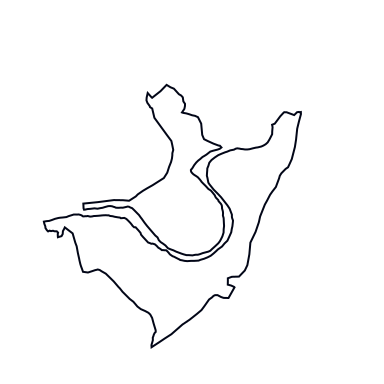 outline of Nag Hammadi, Qina, Egypt, rotated 318°
{"feature_id": "37247803B20461221508658", "entity_name": "Nag Hammadi", "entity_type": "district", "adm_level": 2, "iso_a3": "EGY", "parent_name": "Egypt", "parent_adm1": "Qina", "projection": "natural_earth1", "projection_center": [32.278, 26.068], "detail": "fine", "context": "isolated", "style": "outline", "palette": "ink", "viewbox_px": 384, "rotation_deg": 318, "n_neighbors": 0, "source": "geoboundaries", "source_scale": "gbopen_adm2", "svg_char_len": 5660}
<svg xmlns="http://www.w3.org/2000/svg" viewBox="0 0 384 384"><g transform="rotate(318 192 192)"><path d="M62.1,135.9L65.5,137.5L67.8,136.7L69.9,134.7L72.2,133.9L73.8,133.2L75.5,142.3L75.6,142.9L71.5,151.3L71.2,152.0L70.0,155.1L66.3,161.1L63.2,166.6L62.9,167.0L60.7,171.0L59.8,173.0L58.9,175.3L57.6,178.4L60.8,182.2L61.2,182.4L64.8,184.0L67.6,185.2L69.6,186.3L70.1,186.5L71.2,188.2L71.8,190.5L73.3,195.0L73.7,201.1L74.0,206.1L73.8,213.5L73.9,215.3L73.6,219.7L73.7,221.2L74.1,228.9L74.1,229.5L75.0,234.4L74.8,240.6L75.6,244.8L77.5,249.0L78.8,252.6L79.0,255.1L78.1,258.9L75.5,264.0L74.0,267.2L72.5,270.4L71.4,271.7L69.8,271.8L68.1,272.5L67.0,273.2L65.4,274.0L63.8,275.9L61.6,277.3L60.1,278.2L59.4,278.7L58.1,280.3L67.8,281.8L73.5,282.6L81.5,283.9L96.2,284.1L104.7,285.3L114.0,285.9L120.0,286.1L124.5,285.2L132.8,283.3L136.2,283.7L138.5,283.6L140.2,284.1L142.0,285.8L143.3,289.4L144.6,291.8L148.2,295.2L159.8,291.3L159.8,290.7L158.5,287.7L156.6,284.8L159.5,281.7L160.9,280.1L164.9,281.7L170.3,286.3L178.7,285.7L184.2,283.4L192.9,276.7L201.5,268.7L212.5,264.2L221.3,259.3L222.6,258.4L226.2,255.8L237.7,250.1L242.1,248.6L248.2,246.3L252.1,245.4L257.7,244.4L265.9,240.1L268.1,238.7L270.9,237.9L277.1,237.5L279.9,237.9L283.2,236.5L288.2,234.3L298.6,227.4L304.5,222.6L305.7,221.5L312.6,215.3L318.6,211.2L325.1,207.0L326.4,205.4L325.2,204.7L325.1,204.1L323.4,203.0L321.7,203.1L319.4,203.2L318.2,200.9L316.3,197.3L315.7,196.1L313.9,194.4L312.7,194.4L308.2,194.8L303.8,195.7L299.3,196.6L299.2,196.6L296.5,195.6L295.3,197.7L292.1,200.7L290.2,202.7L287.1,203.9L284.7,204.8L281.4,205.8L278.7,205.8L276.2,205.3L274.0,204.6L270.8,202.9L269.2,201.8L266.5,200.3L263.4,198.7L261.7,197.5L259.8,195.8L258.5,194.2L257.2,192.8L256.2,191.4L254.8,189.8L253.3,189.0L253.1,189.0L251.5,188.6L248.2,186.6L245.0,185.5L243.3,184.7L239.5,183.3L236.2,182.2L232.1,181.6L227.9,181.3L224.5,181.8L221.7,183.5L219.2,184.7L217.8,186.1L215.8,188.0L213.9,189.9L213.0,191.7L210.4,196.0L210.1,198.0L209.7,204.8L210.0,210.9L210.1,215.4L209.8,219.7L209.4,225.6L208.8,229.6L207.5,232.9L206.5,235.5L204.9,237.3L204.3,238.4L203.4,240.6L202.8,241.2L201.8,242.1L199.1,244.5L196.8,246.1L194.2,248.2L189.9,250.1L185.7,251.9L181.8,252.0L177.8,252.6L172.8,252.0L170.3,252.1L166.9,252.1L163.3,251.9L159.9,251.0L156.3,249.7L152.8,248.0L151.0,247.4L147.5,244.6L144.9,242.3L142.2,240.2L140.3,238.1L138.9,236.1L137.7,234.6L137.5,233.6L137.4,233.5L136.2,230.4L135.3,228.0L134.6,226.7L133.9,223.8L133.9,222.5L134.0,221.9L134.0,220.8L134.0,219.5L133.8,218.0L132.6,216.9L131.5,215.7L130.7,215.0L130.5,213.7L130.3,212.7L129.7,210.9L129.7,208.4L129.4,206.0L128.2,204.0L127.1,203.2L126.9,202.7L126.4,201.6L125.6,200.2L125.5,192.4L125.6,189.6L126.4,187.9L126.5,184.9L126.5,180.5L125.4,179.5L125.3,178.6L125.2,177.3L125.4,175.9L125.5,173.6L125.4,170.7L125.2,168.1L124.4,166.0L121.6,163.9L121.3,162.7L120.8,162.2L119.8,161.0L117.9,158.6L116.8,156.9L115.1,155.0L114.5,153.6L114.2,153.4L112.1,151.3L110.9,150.3L109.5,149.2L107.7,147.9L106.1,146.7L104.2,145.2L103.3,144.4L103.2,144.3L101.4,143.3L99.8,142.1L98.4,140.0L97.5,139.5L96.5,138.6L95.1,137.6L94.5,136.8L94.5,136.0L93.9,134.6L93.7,134.3L92.7,132.8L91.4,131.8L90.9,131.3L89.0,129.6L86.8,128.6L84.2,127.4L81.9,126.6L78.4,124.1L77.0,123.0L75.3,121.9L72.3,120.3L69.0,119.0L66.5,117.9L64.2,116.2L62.1,114.9L61.0,116.8L60.0,119.4L59.0,120.7L58.6,123.2L58.6,123.8L58.7,125.0L60.4,125.5L61.0,126.7L62.8,127.8L63.4,129.0L64.6,130.2L65.2,130.7L65.3,132.6L64.2,133.3L63.7,133.9L62.6,135.2L62.1,135.9ZM100.6,131.4L99.9,132.9L100.5,133.4L103.0,134.8L104.9,136.3L108.6,138.9L110.6,141.2L113.0,142.6L115.0,143.9L117.2,144.9L120.2,146.4L121.8,147.7L123.1,149.2L124.0,150.9L124.3,151.2L124.9,152.7L126.7,154.5L128.5,155.9L130.1,157.4L132.6,158.8L134.5,159.8L135.3,160.8L135.7,162.0L136.7,164.0L136.9,166.9L137.1,171.7L137.2,173.6L136.8,177.1L136.8,177.8L136.2,182.9L135.9,187.0L135.8,191.0L135.7,195.3L135.6,199.7L136.0,202.7L135.1,205.6L135.2,208.3L135.9,211.0L136.5,214.0L136.5,217.7L137.8,220.4L139.2,223.0L140.3,225.7L142.9,230.7L144.1,232.8L145.7,235.3L147.6,237.0L149.9,239.4L152.5,240.9L154.3,242.5L156.3,243.5L159.1,244.6L162.4,246.3L164.3,247.3L166.3,247.9L168.2,247.8L170.5,247.8L173.3,247.8L177.3,247.7L179.9,247.2L182.4,246.3L184.9,245.3L188.3,243.3L190.6,240.9L193.1,238.7L195.5,235.7L196.9,234.0L198.1,232.5L199.2,230.2L200.0,229.4L201.0,228.4L202.0,227.0L202.8,225.4L203.4,224.2L204.2,223.3L205.2,221.8L205.6,220.0L205.6,216.6L206.1,215.6L206.0,212.1L206.3,210.8L206.7,209.8L206.9,206.6L207.0,203.8L206.7,202.4L206.2,200.8L206.2,196.9L206.0,193.3L205.9,190.8L206.0,190.4L206.2,188.0L206.2,184.9L205.7,182.8L205.4,181.8L204.9,179.8L204.8,178.4L204.8,177.0L205.2,175.8L205.9,174.9L206.5,174.7L207.4,174.7L208.7,174.4L211.6,173.5L215.1,172.9L215.9,172.9L217.5,172.8L218.9,172.9L220.2,173.0L223.2,173.0L225.0,173.4L227.8,173.9L232.6,174.2L235.2,175.4L237.3,176.5L239.4,177.6L241.6,178.5L243.7,178.6L243.7,176.3L242.8,175.2L240.3,170.4L237.7,164.4L236.3,160.8L237.8,156.4L238.7,155.2L244.6,147.3L246.5,140.4L245.2,137.4L243.4,135.0L242.1,132.6L241.2,131.1L240.3,129.7L238.4,127.3L237.8,126.2L242.0,125.1L244.3,123.4L245.8,121.8L246.2,118.9L248.5,115.5L248.5,113.0L247.7,110.6L247.7,103.1L246.1,99.8L244.8,95.4L236.1,96.0L225.4,95.3L225.3,94.9L225.3,88.8L221.6,91.4L219.5,93.4L218.5,95.9L218.1,99.7L217.6,100.9L218.3,103.3L213.7,111.7L211.5,132.8L210.8,140.3L208.7,144.0L206.2,148.2L203.4,150.0L201.9,151.6L199.5,153.7L196.5,155.7L191.8,158.0L186.5,161.1L185.4,161.4L180.4,162.8L167.3,160.6L161.0,159.2L156.4,158.3L150.1,157.5L147.3,157.7L139.4,156.4L135.2,151.9L128.5,145.7L115.2,136.5L103.5,127.9L101.3,130.6L100.6,131.4Z" fill="none" stroke="#020617" stroke-width="2"/></g></svg>